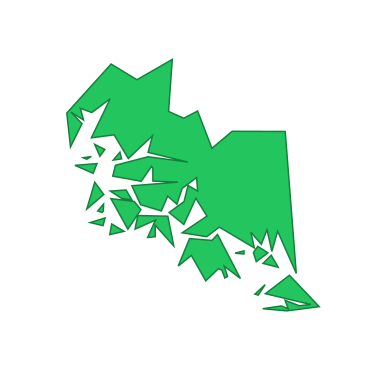 outline of Troms, rotated 254°
{"feature_id": "NOR-900", "entity_name": "Troms", "entity_type": "County", "adm_level": 1, "iso_a3": "NOR", "parent_name": "Norway", "parent_adm1": "", "projection": "albers", "projection_center": [18.955, 69.32], "detail": "medium", "context": "isolated", "style": "filled", "palette": "green", "viewbox_px": 384, "rotation_deg": 254, "n_neighbors": 0, "source": "natural_earth", "source_scale": "10m", "svg_char_len": 1943}
<svg xmlns="http://www.w3.org/2000/svg" viewBox="0 0 384 384"><g transform="rotate(254 192 192)"><path d="M268.3,219.7L228.5,223.2L239.3,247.3L224.5,298.3L85.0,269.8L130.7,263.5L112.9,252.4L135.1,253.7L122.6,244.2L137.2,237.5L121.1,236.5L150.7,208.6L145.0,193.8L155.5,171.3L164.7,199.7L184.9,194.0L163.0,175.2L178.6,164.3L185.0,181.7L199.4,190.0L191.4,197.7L204.6,200.4L198.2,183.6L184.4,174.1L194.7,167.5L182.2,157.3L194.0,139.1L214.6,135.9L205.3,181.2L213.3,157.4L225.7,160.9L227.8,160.2L216.3,146.2L229.1,120.2L238.8,125.8L238.0,159.5L221.9,196.3L242.2,160.7L257.0,169.5L241.7,140.0L268.4,132.9L271.8,110.2L304.2,139.1L296.0,117.6L303.2,107.7L291.1,107.6L302.1,97.7L288.0,105.1L268.8,87.6L302.4,93.4L337.3,149.5L315.1,170.0L324.9,209.6L275.9,191.7L265.2,204.4L268.3,219.7ZM147.9,176.8L140.0,197.8L144.2,204.8L95.5,214.7L111.8,202.6L101.0,202.9L100.3,199.8L108.5,199.3L111.0,196.3L102.8,180.7L131.2,173.9L124.6,158.3L147.9,176.8ZM60.3,227.8L57.9,246.4L53.2,252.3L62.2,251.6L53.1,263.8L51.1,275.2L74.0,234.5L85.1,262.7L46.7,282.7L51.6,250.4L60.3,227.8ZM184.3,133.4L175.4,162.1L145.2,159.6L170.1,147.5L159.2,144.3L160.5,136.8L175.1,149.2L172.0,127.0L184.3,133.4ZM208.0,112.2L198.8,133.9L189.1,138.0L173.9,120.1L208.0,112.2ZM249.9,86.8L245.5,108.5L237.2,102.1L249.9,86.8ZM204.6,86.2L228.2,101.2L213.9,106.5L204.6,86.2ZM215.4,113.7L212.1,129.2L201.1,132.0L205.3,122.5L215.4,113.7ZM107.3,234.6L116.8,234.3L121.6,240.3L112.6,248.2L107.3,234.6ZM76.5,224.3L82.8,236.8L74.6,227.2L76.5,224.3ZM103.8,240.6L109.4,250.7L95.9,254.1L103.8,240.6ZM190.7,85.7L191.0,101.3L184.2,97.2L190.7,85.7ZM172.9,115.9L173.7,101.2L183.4,106.0L172.9,115.9ZM251.7,113.3L264.6,111.6L256.9,120.0L251.7,113.3ZM244.4,125.1L250.2,133.7L243.2,133.5L244.4,125.1ZM121.3,216.5L121.1,225.7L118.1,224.9L121.3,216.5ZM204.8,103.7L198.0,101.5L197.1,99.9L199.8,96.1L204.8,103.7ZM254.9,96.9L253.9,105.0L252.5,99.9L254.9,96.9Z" fill="#22c55e" stroke="#15803d" stroke-width="1.5"/></g></svg>